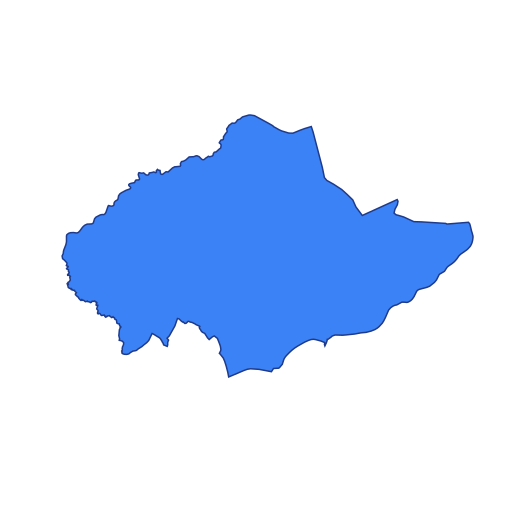 the district of Khok Pho, Pattani, Thailand, rotated 309°
{"feature_id": "78962969B27197840775021", "entity_name": "Khok Pho", "entity_type": "district", "adm_level": 2, "iso_a3": "THA", "parent_name": "Thailand", "parent_adm1": "Pattani", "projection": "orthographic", "projection_center": [101.073, 6.699], "detail": "fine", "context": "isolated", "style": "filled", "palette": "blue", "viewbox_px": 512, "rotation_deg": 309, "n_neighbors": 0, "source": "geoboundaries", "source_scale": "gbopen_adm2", "svg_char_len": 6156}
<svg xmlns="http://www.w3.org/2000/svg" viewBox="0 0 512 512"><g transform="rotate(309 256 256)"><path d="M391.4,217.5L385.8,213.7L381.8,211.3L374.7,207.4L372.2,204.2L369.3,197.1L368.7,194.7L367.6,188.2L367.8,187.1L367.0,182.1L364.1,166.5L362.1,163.0L361.0,161.7L355.8,158.1L354.8,157.8L352.4,157.4L350.3,156.1L347.3,156.2L346.3,156.0L345.4,155.5L344.3,153.8L340.4,152.8L339.4,153.0L336.4,153.2L335.9,153.6L335.0,154.9L334.3,155.4L332.1,155.3L328.2,155.7L327.5,156.3L326.0,157.2L325.0,156.8L324.4,156.0L324.0,155.8L321.0,156.1L320.8,156.3L320.8,157.8L320.5,158.8L319.8,159.4L317.7,160.6L315.8,160.1L311.8,159.5L310.4,158.3L308.8,158.4L307.2,159.2L306.4,159.2L304.0,157.6L303.5,156.2L302.4,156.0L300.8,155.4L298.4,155.0L297.5,154.3L297.0,153.1L297.4,149.2L296.8,147.2L296.2,146.4L294.0,145.1L290.9,141.7L286.4,141.0L283.9,139.9L282.8,138.9L282.4,138.7L280.2,139.1L279.0,140.4L278.0,140.6L273.8,136.4L273.0,136.3L272.0,135.7L266.0,134.8L265.1,133.4L264.7,133.0L260.7,132.0L259.9,131.0L259.9,130.1L261.1,128.6L262.1,127.6L261.3,126.1L261.3,124.9L259.5,124.9L258.6,125.8L257.8,125.7L257.5,125.4L257.2,124.2L256.8,123.5L255.8,122.9L253.4,120.8L252.0,121.3L251.2,121.2L250.8,121.0L250.2,120.2L249.8,119.3L249.9,116.4L248.4,115.1L247.2,112.7L246.6,112.6L245.1,113.3L242.8,116.8L242.1,117.2L241.4,117.0L241.0,116.7L240.2,115.6L239.4,114.9L238.5,114.9L236.6,115.4L233.9,113.2L232.7,112.4L231.9,112.2L231.4,112.2L231.0,112.5L230.7,113.0L230.5,115.3L229.9,115.8L229.4,115.8L228.6,115.7L225.4,113.7L220.5,111.6L218.5,111.1L216.3,111.3L214.0,112.6L213.2,112.9L212.5,113.0L210.3,112.2L208.9,112.1L207.7,112.4L206.6,113.3L205.8,113.5L204.8,113.2L203.9,112.5L203.3,111.6L202.5,109.7L201.8,109.6L195.5,111.9L193.6,112.1L192.4,111.7L191.4,110.3L189.9,109.1L185.6,107.2L183.4,107.1L179.4,108.7L178.7,108.7L177.5,108.1L174.5,104.7L172.3,103.6L170.4,103.2L168.9,103.1L164.8,103.3L163.3,103.2L162.3,103.0L161.2,102.3L160.6,101.5L159.3,99.3L157.3,97.1L155.7,96.1L153.5,95.6L152.3,96.1L148.0,99.6L147.2,100.1L145.2,101.1L139.6,102.9L138.5,103.4L136.5,104.7L134.0,105.3L132.2,107.4L132.2,109.8L131.7,113.1L131.4,113.6L130.8,114.1L129.2,114.6L129.2,115.0L129.7,116.3L129.6,116.7L129.2,116.9L128.6,116.5L128.0,116.8L127.0,116.7L126.8,117.4L127.4,118.8L125.9,120.0L125.8,120.3L125.9,120.9L125.7,121.2L125.3,121.4L123.0,121.3L122.5,121.8L122.6,122.1L123.5,122.5L123.3,123.0L123.4,124.5L122.3,124.6L121.9,125.3L121.3,125.7L121.0,126.3L120.2,126.9L118.1,126.9L117.2,126.5L116.5,126.7L116.1,126.9L116.4,127.3L116.0,127.8L115.7,127.2L115.5,127.8L115.0,127.6L114.8,128.1L113.4,129.9L113.5,131.4L113.9,132.3L114.3,132.7L113.6,133.4L113.6,133.7L113.7,133.9L114.3,134.0L114.2,135.5L114.8,136.0L115.1,136.6L114.6,137.5L114.5,139.5L112.9,139.5L112.3,140.0L112.0,143.1L112.2,143.9L111.6,144.9L111.3,147.0L111.3,147.9L111.5,148.1L112.2,147.9L112.6,148.0L112.4,149.1L113.1,149.9L113.1,152.1L113.3,152.4L114.8,153.4L114.6,153.8L115.7,155.8L115.5,156.3L115.6,156.7L116.4,157.2L117.7,157.1L118.3,158.1L119.5,158.9L119.6,159.3L119.2,160.1L119.7,160.8L119.8,161.3L119.4,161.9L118.1,162.0L117.2,162.7L117.3,163.2L118.2,163.9L118.0,164.2L114.8,165.4L114.5,165.9L114.4,167.1L114.0,167.9L112.6,168.3L111.7,169.0L111.6,169.5L111.8,169.9L112.6,170.0L113.0,170.8L112.5,172.9L112.6,173.5L114.6,175.2L114.5,175.6L113.9,176.7L113.9,177.8L114.2,177.9L114.8,177.6L115.2,178.3L116.1,178.4L116.7,179.1L117.5,179.7L117.2,180.6L117.4,182.7L118.8,183.1L118.5,184.0L118.9,184.6L118.8,185.1L118.0,186.3L118.4,187.3L118.4,187.8L116.3,190.1L116.6,191.7L117.2,192.5L116.0,193.9L116.0,195.3L115.8,195.7L115.4,195.8L114.9,195.4L114.2,195.9L112.8,196.2L107.8,199.5L106.0,201.9L104.4,202.8L105.1,204.0L105.7,205.9L105.3,207.8L103.7,208.8L102.5,209.2L101.4,209.4L99.8,210.3L98.8,211.3L97.6,211.4L97.2,212.4L96.3,212.7L96.1,213.6L96.7,215.4L98.1,217.4L99.5,218.5L100.3,218.9L102.2,219.2L103.0,219.6L104.5,220.1L106.9,222.2L107.8,222.6L109.6,222.9L113.7,224.3L116.5,224.8L119.8,225.6L122.9,225.8L130.4,224.0L130.8,225.8L131.7,232.7L131.5,233.9L130.5,236.8L129.9,237.9L129.7,239.0L128.9,239.9L128.8,240.2L129.9,243.9L131.4,243.3L132.3,242.5L133.8,241.5L135.6,241.0L136.1,238.6L136.3,238.6L139.3,238.9L150.5,237.0L158.0,234.3L158.7,235.8L158.4,239.1L158.5,240.6L158.9,240.8L158.9,241.0L158.8,243.1L159.4,243.8L160.1,244.1L162.3,244.3L163.0,245.0L163.2,246.4L164.0,247.8L164.2,248.5L164.9,251.6L164.9,252.6L166.0,256.4L165.9,256.7L165.0,256.7L164.1,257.9L163.8,259.4L163.3,260.3L163.0,262.2L163.6,264.9L163.5,265.3L163.1,266.1L162.9,267.0L161.9,269.8L161.6,272.2L165.8,273.0L167.6,273.9L167.7,277.5L167.6,278.0L165.3,282.1L163.6,284.9L162.4,286.3L161.2,287.6L160.0,288.2L157.3,288.8L157.2,290.0L156.1,294.8L154.4,298.0L151.7,302.1L148.0,307.1L144.8,310.9L159.5,318.7L162.6,320.6L164.9,322.7L169.9,329.8L175.8,340.8L179.6,340.4L182.6,343.7L183.1,344.2L183.9,344.5L188.4,344.6L192.4,343.0L193.6,342.6L195.6,342.3L197.6,342.3L201.9,342.7L205.4,343.2L208.6,343.9L212.3,345.1L219.7,348.0L223.6,350.0L225.8,351.4L227.5,353.1L228.6,355.0L230.8,360.0L231.9,363.6L231.7,364.2L230.9,364.5L230.3,364.9L229.5,366.1L232.8,365.3L235.2,364.4L236.0,363.8L236.9,364.5L240.3,365.4L241.5,365.5L243.0,366.3L244.1,367.0L244.8,367.7L249.0,373.2L251.5,375.8L257.5,381.8L262.3,385.9L265.9,389.6L270.1,392.7L273.7,394.7L276.2,395.6L278.5,396.1L283.3,396.4L285.9,396.1L289.6,395.3L297.4,393.1L300.5,393.2L303.3,394.0L305.2,395.0L306.6,396.2L311.9,398.4L313.3,400.1L314.9,402.5L316.0,403.3L316.9,403.7L318.6,404.3L320.9,404.6L323.8,404.4L329.5,403.1L330.8,403.1L332.1,403.5L333.0,404.0L339.3,408.6L341.9,410.0L347.8,411.3L351.1,411.3L356.5,410.1L357.4,410.1L362.7,412.1L367.4,411.6L368.9,411.8L373.3,413.1L375.6,413.6L377.3,413.8L380.1,413.9L383.7,413.6L386.2,413.9L393.2,415.9L394.9,416.2L398.5,416.4L400.2,416.1L402.0,415.6L404.3,414.6L406.9,413.0L408.0,412.1L410.0,409.4L410.8,408.1L414.5,403.3L415.5,401.8L415.9,399.9L401.0,384.3L400.7,382.9L386.7,363.2L382.0,357.0L379.3,346.3L377.2,341.1L376.2,339.0L376.2,336.3L379.7,334.6L384.8,333.6L387.9,331.9L388.7,330.2L354.4,313.1L357.0,302.8L360.5,295.9L361.2,288.0L361.6,280.8L360.6,271.1L359.3,263.5L360.0,259.8L366.5,251.9L388.3,222.3L391.4,217.5Z" fill="#3b82f6" stroke="#1e3a8a" stroke-width="1.5"/></g></svg>